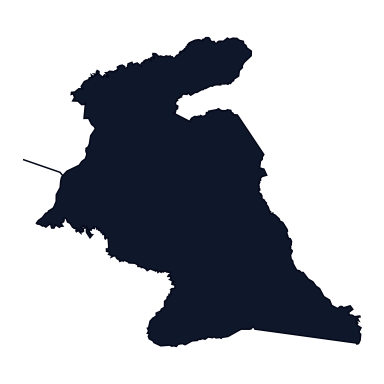 Mufumbwe, North-Western, Zambia
{"feature_id": "96606910B54849868159577", "entity_name": "Mufumbwe", "entity_type": "district", "adm_level": 2, "iso_a3": "ZMB", "parent_name": "Zambia", "parent_adm1": "North-Western", "projection": "orthographic", "projection_center": [25.2, -13.766], "detail": "fine", "context": "isolated", "style": "filled", "palette": "ink", "viewbox_px": 384, "rotation_deg": 0, "n_neighbors": 0, "source": "geoboundaries", "source_scale": "gbopen_adm2", "svg_char_len": 5851}
<svg xmlns="http://www.w3.org/2000/svg" viewBox="0 0 384 384"><path d="M38.4,220.5L36.4,223.2L37.2,224.0L39.6,224.3L42.6,226.1L43.4,225.6L45.9,227.1L49.2,224.4L50.6,224.2L51.7,228.0L53.9,228.1L55.7,224.9L59.4,227.3L60.7,226.3L62.9,226.1L60.9,223.5L63.6,221.7L64.2,219.8L63.5,218.9L64.9,217.6L66.5,219.1L67.5,222.0L70.2,223.3L72.5,227.1L74.2,228.3L76.7,228.6L75.9,230.8L76.5,231.7L79.0,230.2L79.2,231.5L80.9,233.2L80.9,231.6L82.5,231.9L83.6,231.1L83.0,228.6L81.0,227.5L83.4,225.8L84.4,228.1L85.9,228.0L86.9,226.9L87.4,229.2L86.4,229.6L86.5,232.4L90.0,237.8L92.5,234.7L90.2,234.7L90.8,233.8L89.1,231.4L89.0,229.6L91.1,230.2L91.3,228.9L92.8,228.2L94.3,228.5L94.1,227.1L96.0,226.7L96.9,229.1L98.6,228.2L98.5,230.1L100.7,230.9L101.3,232.7L102.9,233.0L102.9,234.5L104.8,234.2L104.9,238.5L105.5,239.0L106.4,237.7L108.1,238.2L108.8,247.3L107.7,249.3L106.5,248.9L106.5,251.3L109.2,252.0L109.5,253.2L108.6,254.4L111.9,255.5L111.3,257.1L113.5,256.0L115.9,256.0L116.2,257.6L117.6,259.1L118.6,258.8L119.8,261.4L121.8,260.6L123.3,261.1L124.2,260.2L128.2,261.9L128.9,262.9L134.8,263.2L137.9,264.9L137.9,266.4L140.8,266.5L141.3,267.6L142.6,267.2L145.4,268.5L147.2,270.6L150.3,268.8L154.5,270.6L155.5,270.1L155.8,271.0L157.1,270.1L157.9,272.4L159.4,271.2L161.7,272.6L161.0,271.6L161.5,270.9L163.2,272.0L165.3,270.8L166.4,271.9L170.3,272.5L170.1,274.7L168.7,274.9L167.9,276.4L170.5,276.4L171.0,278.6L169.6,279.5L173.8,281.6L173.5,282.4L172.3,282.1L171.9,284.3L175.1,285.2L174.8,288.5L172.0,288.6L170.6,289.6L171.5,290.9L170.6,292.1L171.3,294.0L169.0,294.3L169.4,295.3L167.3,297.0L166.9,299.5L164.6,301.2L164.5,307.3L161.4,309.1L160.6,311.1L156.2,313.1L156.3,316.1L152.9,318.1L150.1,321.2L148.6,327.9L147.4,328.2L148.6,330.9L147.4,333.3L149.5,333.4L148.3,336.4L149.3,338.9L152.7,340.6L154.0,342.6L160.8,345.8L169.6,345.1L172.0,346.3L172.5,345.6L176.4,346.4L178.1,344.2L182.4,343.6L185.1,344.7L192.0,340.9L197.6,340.4L198.0,339.3L200.4,339.4L202.2,338.6L205.1,339.2L208.1,337.0L212.6,337.7L213.9,336.7L216.0,337.9L219.9,337.5L221.1,338.3L222.2,337.3L227.9,336.5L241.0,329.2L249.8,329.2L251.3,328.7L252.3,327.2L253.9,327.0L254.8,329.1L356.1,343.0L356.9,344.1L358.6,343.5L360.1,340.2L360.7,334.2L358.8,332.4L361.0,327.7L357.8,325.8L356.7,324.2L357.8,323.1L356.2,322.0L357.9,320.4L358.8,320.8L357.4,318.4L358.6,317.0L360.0,317.0L359.8,316.0L354.5,316.7L352.5,315.3L349.1,314.8L348.8,312.3L352.8,309.3L350.2,305.8L343.5,307.8L342.0,306.5L340.2,306.5L337.7,308.6L331.7,305.4L329.5,300.0L323.8,296.6L319.5,288.5L316.0,286.2L312.9,281.8L308.2,279.1L303.2,272.5L301.2,272.5L299.5,270.8L296.7,270.2L293.1,263.7L292.7,261.0L291.2,259.3L290.5,255.2L292.1,251.6L292.2,250.6L290.2,248.7L290.7,247.7L290.1,247.1L291.2,245.0L291.5,241.3L290.3,238.7L288.4,238.8L288.5,237.7L287.0,236.8L287.8,236.1L286.6,232.5L287.5,231.2L287.2,229.6L282.7,222.4L279.9,221.1L279.1,218.8L274.9,214.9L273.0,214.4L272.9,213.1L270.4,213.5L269.8,212.5L270.4,211.6L269.4,211.1L268.2,207.1L266.1,204.1L266.4,202.9L264.5,201.2L264.5,200.3L261.3,198.3L262.0,197.4L261.8,195.6L260.9,195.1L261.3,194.3L258.9,192.6L258.6,191.2L259.8,190.0L259.6,188.6L259.0,188.5L259.1,186.0L258.4,185.5L259.7,182.3L259.1,181.2L260.6,180.2L260.4,178.3L262.0,176.5L266.7,175.2L263.9,169.1L260.1,168.1L259.7,167.2L260.4,161.2L262.3,159.2L262.3,157.0L263.8,154.5L237.4,115.0L233.6,114.7L233.0,113.3L231.3,112.4L230.8,110.4L227.4,109.8L225.9,110.7L221.5,110.7L218.4,108.7L216.9,109.7L208.7,111.2L208.5,112.4L206.5,112.6L206.1,115.0L204.6,116.0L202.5,116.4L200.4,115.5L199.6,116.7L198.1,116.2L197.2,117.0L194.9,116.4L191.7,118.1L191.1,119.0L191.6,119.7L190.6,119.7L189.8,121.5L173.7,113.2L175.3,112.6L175.9,109.6L177.5,108.7L176.9,107.7L177.9,106.9L177.6,105.8L176.2,105.5L175.4,103.9L175.8,101.7L177.5,100.3L176.7,99.8L177.0,98.9L180.0,97.6L179.9,96.8L181.5,96.9L181.3,96.0L183.1,94.0L187.0,94.4L187.6,92.6L190.7,95.2L195.4,92.3L196.9,92.4L201.5,89.7L203.1,89.6L204.6,88.2L205.5,88.5L210.6,85.9L212.6,86.2L213.3,85.3L216.8,84.7L220.7,84.9L220.8,83.9L225.1,83.9L225.6,83.2L227.2,84.1L228.4,84.1L229.2,83.1L230.4,83.5L232.8,80.6L233.5,80.8L234.0,79.0L238.6,76.1L239.3,70.6L242.4,67.6L242.1,66.0L244.0,62.5L251.2,55.7L251.3,51.1L246.8,47.9L245.9,45.4L243.8,44.1L243.3,41.3L239.4,40.4L237.0,38.4L232.7,38.2L229.7,39.4L227.4,38.1L223.4,41.3L219.1,41.2L217.5,42.1L217.3,43.1L215.3,43.4L214.1,41.5L211.9,41.7L210.3,40.6L209.7,38.6L208.5,37.6L205.6,37.7L204.5,39.2L202.8,39.4L202.3,40.7L198.7,39.7L195.2,40.2L189.4,42.8L188.5,43.8L189.0,44.2L187.8,44.6L188.4,45.4L186.2,46.6L186.2,48.0L184.6,48.8L184.3,50.4L183.5,50.0L182.2,51.4L180.3,51.5L180.6,52.5L179.6,52.6L179.1,54.5L176.7,55.4L174.5,58.2L173.2,58.2L172.3,56.8L171.1,56.9L170.1,55.9L169.2,56.5L165.9,55.9L164.3,57.0L160.3,56.0L159.0,56.8L155.7,53.7L153.0,53.5L152.7,54.8L153.7,55.6L154.0,58.3L152.7,56.9L150.8,58.0L150.8,60.4L148.9,58.7L147.4,60.2L146.0,59.7L143.8,61.2L144.0,62.6L142.5,62.4L141.3,63.5L141.0,66.0L137.2,63.0L132.8,64.5L131.9,62.3L128.1,63.8L127.4,67.3L126.0,68.3L124.5,68.1L124.7,66.6L122.2,65.1L119.8,65.7L119.5,66.5L119.0,66.1L117.3,67.1L118.3,68.9L117.1,69.5L117.2,70.5L115.0,70.8L114.4,71.8L109.5,71.2L107.6,72.6L105.6,72.7L108.5,76.2L106.7,77.0L106.5,75.5L104.6,74.8L103.1,76.6L103.7,78.0L98.9,74.2L99.0,71.5L97.2,70.5L96.3,72.2L97.7,74.0L94.2,74.0L95.6,74.9L93.2,76.4L91.4,75.0L91.9,77.5L89.4,77.7L88.6,79.7L84.4,81.5L81.2,86.5L82.4,88.9L78.9,88.7L74.7,92.1L71.5,92.3L71.2,94.4L73.2,93.8L74.6,97.5L72.7,100.9L78.0,101.1L81.6,104.6L84.3,104.4L85.5,103.2L84.0,118.4L88.6,118.3L91.6,124.4L94.2,126.4L95.4,128.8L90.7,135.7L89.4,144.1L88.0,147.1L86.1,148.3L85.9,151.1L86.9,154.2L85.4,158.8L81.7,161.6L79.3,165.2L66.9,171.2L62.8,175.7L60.0,172.3L23.0,159.5L60.0,172.3L62.8,175.7L61.6,177.2L60.7,181.0L60.2,187.5L56.3,194.7L56.2,201.4L54.2,206.3L53.0,208.3L48.5,211.0L47.9,212.5L45.6,213.4L42.4,217.6L38.4,220.5Z" fill="#0f172a" stroke="#020617" stroke-width="1.5"/></svg>